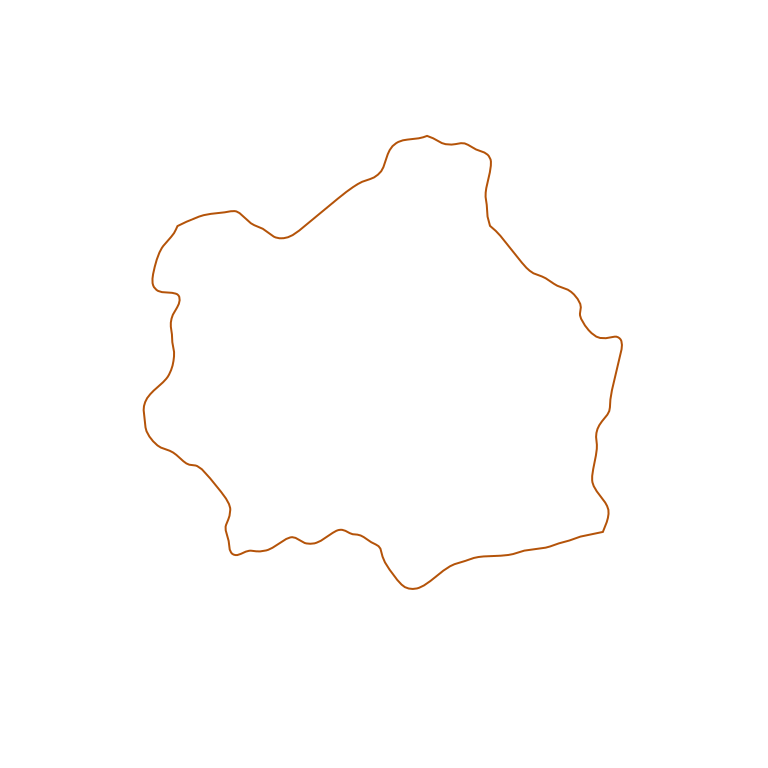 El Valle, Hato Mayor, Dominican Republic (Equal Earth projection), rotated 231°
{"feature_id": "3306468B49446780717545", "entity_name": "El Valle", "entity_type": "district", "adm_level": 2, "iso_a3": "DOM", "parent_name": "Dominican Republic", "parent_adm1": "Hato Mayor", "projection": "equal_earth", "projection_center": [-69.377, 18.943], "detail": "fine", "context": "isolated", "style": "outline", "palette": "amber", "viewbox_px": 768, "rotation_deg": 231, "n_neighbors": 0, "source": "geoboundaries", "source_scale": "gbopen_adm2", "svg_char_len": 3310}
<svg xmlns="http://www.w3.org/2000/svg" viewBox="0 0 768 768"><g transform="rotate(231 384 384)"><path d="M636.7,322.9L635.0,319.5L633.4,315.8L632.3,311.2L630.2,299.3L629.5,296.9L627.5,292.2L623.7,285.7L619.3,279.5L614.7,273.7L611.5,270.3L608.0,267.6L606.0,266.7L604.1,266.2L600.3,266.4L598.5,267.0L595.1,269.3L588.2,276.7L585.3,279.0L583.8,279.8L582.0,280.0L580.5,279.7L577.7,277.9L575.4,275.0L573.7,271.4L570.7,263.5L568.5,260.0L565.8,256.9L562.7,254.4L556.0,250.4L549.7,245.8L541.0,241.0L537.6,238.2L534.4,234.9L531.4,231.3L528.8,227.3L526.6,222.9L525.7,220.5L525.1,218.1L524.4,213.2L523.8,200.8L523.2,195.9L522.1,191.1L520.3,187.1L517.9,183.6L515.0,180.8L500.3,171.3L496.7,169.7L490.8,168.6L484.8,168.5L478.8,169.3L475.0,170.6L466.9,175.5L463.4,177.0L459.6,178.0L450.2,179.5L446.7,180.4L443.8,181.9L439.2,186.3L437.7,187.2L432.4,188.8L420.1,189.5L402.8,189.5L394.4,189.1L388.3,188.0L384.4,186.4L382.9,185.3L378.8,181.0L376.7,177.7L373.9,172.6L372.8,171.1L369.9,168.9L359.8,164.5L352.4,159.9L349.2,159.1L347.5,159.2L346.0,159.8L344.5,160.9L343.4,162.3L342.1,165.7L340.7,171.1L339.2,174.4L338.2,175.7L334.4,179.4L331.9,182.3L328.8,187.7L328.0,189.7L326.9,194.3L325.1,210.5L323.8,214.5L322.8,216.2L320.1,218.4L310.4,222.3L308.9,223.4L306.2,226.2L303.9,229.7L303.1,231.7L301.9,236.3L300.6,250.4L299.9,254.6L299.2,256.6L298.2,258.3L297.0,259.7L294.2,261.6L289.7,263.5L287.0,265.1L283.7,268.5L281.0,270.5L277.8,271.9L269.1,274.5L264.5,276.6L261.4,277.7L258.3,277.6L250.7,274.2L244.8,272.5L236.3,271.5L223.4,271.0L217.1,271.4L213.0,272.4L209.5,274.5L206.6,277.4L204.3,281.1L203.5,283.2L202.3,288.3L201.7,296.2L201.6,312.6L200.8,320.6L199.6,325.4L195.5,335.5L192.3,344.3L190.0,348.7L187.3,352.9L177.0,366.8L172.9,373.0L170.6,377.3L166.2,388.2L155.1,406.6L153.2,410.9L150.1,419.6L145.7,429.6L141.8,440.6L131.3,461.0L136.5,470.2L139.0,473.7L141.8,476.8L145.0,479.2L148.8,480.6L152.7,481.3L166.7,481.8L172.6,482.7L176.4,484.1L178.2,485.2L181.5,487.9L186.1,492.9L195.0,503.6L199.6,508.5L202.8,511.2L209.4,515.5L212.3,518.3L214.7,521.6L216.5,525.4L217.8,529.8L219.6,538.3L221.2,542.0L223.6,544.8L229.5,550.2L235.7,557.2L261.5,590.5L264.6,593.5L268.0,595.5L269.7,595.9L271.4,595.8L273.0,595.3L274.5,594.4L275.6,593.1L280.0,585.2L283.8,580.9L287.2,578.8L292.9,577.3L297.0,576.9L303.0,577.0L310.6,578.2L313.9,579.5L315.3,580.5L319.7,585.2L322.7,586.9L328.2,588.0L334.0,588.0L337.8,587.4L341.6,586.2L351.3,580.5L355.0,579.1L364.4,576.2L368.2,574.4L376.0,569.8L380.3,568.5L384.7,567.8L391.5,567.5L425.9,567.7L432.7,567.2L440.2,565.9L448.9,569.8L458.6,576.6L465.5,580.7L468.8,583.5L471.9,586.8L481.9,599.5L486.4,604.4L489.6,607.1L491.4,608.1L495.2,608.9L497.1,608.8L500.7,607.7L508.4,603.1L517.0,599.8L520.2,598.1L522.7,595.4L525.5,590.4L527.6,587.1L531.6,582.8L534.8,580.6L544.1,576.8L549.7,573.6L551.1,569.7L553.1,565.6L559.2,556.0L561.5,552.0L563.1,547.5L563.5,545.1L563.5,540.3L562.2,535.6L560.2,531.5L552.9,520.0L551.1,515.7L550.5,511.0L550.8,506.3L552.0,502.2L554.9,494.3L555.9,489.3L556.5,484.0L557.0,475.8L557.1,464.7L556.6,414.6L557.2,406.7L558.5,401.7L560.5,397.7L563.0,394.5L566.1,392.0L567.9,391.1L580.9,387.5L589.1,383.1L592.7,381.7L607.7,379.3L611.0,377.9L612.4,376.7L614.7,373.6L617.7,368.2L625.2,356.5L628.7,350.1L630.5,345.6L634.4,332.6L636.7,322.9Z" fill="none" stroke="#b45309" stroke-width="2"/></g></svg>